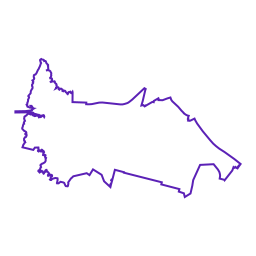 Albert-Eden Local Board Area, Auckland, New Zealand
{"feature_id": "76426892B596097138687", "entity_name": "Albert-Eden Local Board Area", "entity_type": "district", "adm_level": 2, "iso_a3": "NZL", "parent_name": "New Zealand", "parent_adm1": "Auckland", "projection": "natural_earth1", "projection_center": [174.717, -36.878], "detail": "fine", "context": "isolated", "style": "outline", "palette": "violet", "viewbox_px": 256, "rotation_deg": 0, "n_neighbors": 0, "source": "geoboundaries", "source_scale": "gbopen_adm2", "svg_char_len": 5512}
<svg xmlns="http://www.w3.org/2000/svg" viewBox="0 0 256 256"><path d="M56.6,85.0L56.2,83.8L55.3,83.3L54.8,82.1L54.8,81.6L54.5,81.3L53.1,81.6L52.4,81.3L50.9,82.0L50.8,81.9L51.2,81.7L51.4,81.0L52.0,80.4L52.1,79.4L51.9,78.6L50.8,78.4L50.6,78.2L50.3,78.3L50.1,77.9L50.9,77.0L51.0,76.1L51.3,75.7L51.3,75.4L51.1,74.7L51.3,73.6L51.2,72.9L50.9,72.6L50.3,71.2L49.5,70.6L47.7,70.1L46.0,70.6L47.1,70.1L47.7,69.7L48.3,69.8L48.3,68.6L48.1,67.9L48.2,67.0L47.9,65.9L48.1,65.8L48.1,64.9L46.4,63.2L46.1,62.1L45.6,61.1L45.2,61.0L44.2,61.1L44.0,60.2L43.0,59.6L42.0,59.6L41.3,59.0L40.6,59.4L40.1,59.9L40.1,60.6L40.7,62.1L40.7,62.5L41.0,62.7L41.1,63.1L40.9,63.3L39.8,66.5L39.1,67.8L38.8,68.7L37.9,70.0L36.5,73.1L35.5,74.5L34.8,74.6L34.3,75.1L33.9,75.2L33.7,76.9L34.1,77.8L34.0,78.0L34.2,78.4L34.0,79.1L33.0,80.4L32.9,80.2L32.5,80.4L32.9,80.9L32.9,81.4L33.3,81.9L32.8,82.5L33.1,83.1L32.0,84.8L32.0,85.4L32.2,85.7L32.1,86.2L32.6,87.0L32.4,88.6L31.8,89.2L30.8,91.2L30.6,93.3L28.4,95.8L28.3,96.1L28.4,96.4L29.0,96.9L29.1,97.5L28.0,99.8L28.1,100.2L28.0,101.1L27.8,101.9L27.4,102.4L27.3,104.0L27.1,104.3L26.6,104.6L27.5,106.7L27.8,106.8L28.0,106.7L28.4,106.9L28.5,106.8L29.6,107.5L30.2,107.7L30.6,107.3L31.1,107.3L32.0,107.0L31.5,105.9L31.3,105.9L32.0,106.5L32.1,106.9L32.8,107.6L33.1,108.4L33.7,108.5L33.3,108.7L32.5,108.5L32.7,108.9L32.2,108.9L31.6,109.8L31.9,110.4L25.4,111.1L15.4,111.3L15.4,112.5L29.9,112.3L32.7,112.8L32.5,113.0L33.2,113.3L33.3,114.4L34.0,114.0L35.5,114.0L38.1,114.8L38.9,114.8L39.2,115.0L39.1,115.3L39.5,115.4L40.1,116.2L40.8,116.5L40.8,115.9L41.0,115.6L42.3,115.7L42.8,115.6L43.2,115.1L43.7,115.2L44.0,115.5L44.3,116.8L44.2,117.0L43.7,116.1L43.6,115.7L43.3,115.6L41.2,116.6L41.2,116.8L41.1,116.6L40.7,116.8L40.3,117.1L39.3,117.1L38.9,117.3L38.8,117.1L39.0,116.3L38.7,116.0L37.8,115.7L37.2,115.8L37.0,115.6L35.7,115.7L35.1,116.2L35.0,116.8L34.8,116.2L34.4,115.8L33.4,115.6L32.6,115.1L32.3,114.0L30.5,114.5L28.8,113.6L27.3,114.3L26.4,115.5L25.7,115.7L25.3,116.1L24.6,116.5L24.3,117.1L24.4,117.8L24.1,118.7L24.6,120.1L24.9,120.5L25.0,120.9L24.4,121.3L24.0,122.3L24.1,123.5L23.7,123.5L23.7,124.1L23.0,125.2L22.8,126.7L22.3,127.7L22.2,128.6L22.3,128.9L24.4,131.1L25.1,131.2L25.6,130.7L25.3,131.4L26.0,131.9L26.3,132.4L26.1,133.0L25.2,134.0L25.4,134.4L26.0,134.7L26.3,134.7L26.2,134.9L26.6,135.7L26.3,136.1L26.0,136.9L25.5,137.2L24.9,137.3L24.0,138.9L24.1,139.8L24.1,140.7L25.0,141.3L25.0,142.2L25.2,142.4L24.3,143.2L24.1,143.8L23.4,144.6L22.5,147.3L33.3,149.9L34.9,147.6L38.4,147.5L38.5,148.1L38.3,148.5L38.6,149.3L37.9,150.8L38.0,151.1L38.7,151.5L39.5,150.7L39.9,150.5L41.0,151.5L41.4,151.0L41.3,150.4L41.3,150.1L41.8,149.7L42.2,149.9L42.7,150.5L43.6,151.1L43.8,151.5L43.0,152.0L43.2,152.4L43.7,152.1L44.0,152.4L43.4,153.6L43.4,154.6L43.1,154.6L43.1,155.1L43.6,155.2L45.0,154.9L45.5,155.2L45.5,155.6L45.0,156.3L45.2,157.5L45.9,157.7L46.1,157.9L45.6,159.0L45.7,160.3L45.5,161.2L44.8,162.3L43.2,163.3L42.0,163.7L41.3,164.5L40.7,164.6L40.4,165.3L41.1,167.1L40.4,167.9L40.3,168.6L39.9,169.2L40.2,170.0L39.9,170.4L39.2,170.2L38.6,170.4L38.3,171.0L39.6,172.5L41.7,171.0L42.0,171.5L42.3,171.2L42.6,171.3L42.9,171.9L43.3,173.4L43.6,173.7L43.9,173.5L44.9,171.6L45.6,171.8L45.9,171.7L45.5,170.9L45.4,170.5L46.1,169.9L46.5,169.9L46.8,170.9L47.4,171.5L47.5,171.8L48.0,172.1L49.0,173.3L48.9,173.9L48.4,174.2L47.9,175.1L48.1,175.8L48.9,175.7L50.6,174.6L51.2,174.8L52.0,175.2L52.1,175.5L52.0,176.3L51.6,176.6L51.1,176.7L50.7,177.4L50.8,179.2L50.4,179.2L50.0,179.5L50.4,180.0L51.2,180.0L51.8,179.3L52.5,178.8L54.5,178.2L55.4,178.0L57.5,178.3L57.6,178.8L57.6,180.0L57.4,181.1L56.9,183.1L57.0,183.3L58.6,183.3L60.5,181.8L63.2,182.4L64.2,182.9L65.3,185.4L65.8,186.1L67.6,186.3L68.0,185.8L68.2,184.2L68.4,183.9L68.2,182.4L71.0,178.4L71.8,177.8L73.3,176.3L86.7,173.2L89.5,175.1L93.0,169.4L101.6,174.8L104.1,181.3L110.4,187.1L110.7,185.9L110.0,185.3L110.6,184.0L111.1,184.2L112.1,180.6L111.2,180.3L111.3,180.0L111.7,180.1L111.8,179.7L112.3,179.9L114.9,169.8L124.0,172.2L123.9,172.7L161.8,182.3L161.3,184.4L179.4,189.1L178.8,191.6L183.9,193.3L184.4,195.5L184.8,197.0L190.5,193.5L192.3,185.7L193.2,180.1L200.1,164.9L213.6,164.2L217.9,169.5L219.3,171.9L219.8,173.6L220.1,175.4L220.0,176.8L219.7,178.6L224.3,179.8L224.6,180.3L232.3,170.5L233.5,167.2L234.2,167.9L234.6,167.8L235.3,166.9L236.3,167.6L237.3,168.0L237.1,168.2L237.5,168.4L238.6,166.7L238.1,166.5L238.8,165.6L239.2,165.9L240.6,164.0L234.3,159.0L224.5,152.0L219.2,148.6L216.0,146.1L213.2,143.6L210.1,140.1L202.8,131.3L197.1,123.5L195.3,120.4L194.5,118.6L190.2,120.7L189.4,120.8L188.1,120.6L188.4,119.4L187.9,119.3L187.8,119.1L188.3,117.1L188.7,115.8L187.7,115.6L186.0,114.8L183.8,113.3L183.8,113.0L181.5,110.7L178.2,106.8L172.3,101.3L171.3,99.9L170.4,97.5L167.4,98.4L162.6,100.2L158.6,100.1L158.8,99.4L158.4,98.3L153.9,100.9L153.7,102.2L152.4,101.9L145.4,105.9L145.2,105.6L144.8,105.9L145.0,106.2L144.6,106.4L143.3,105.1L141.4,105.5L142.7,101.1L145.3,90.0L145.7,89.0L144.4,88.2L132.2,99.6L129.8,101.5L128.3,102.6L127.0,103.2L124.4,104.0L122.5,104.4L120.3,104.4L102.4,102.5L99.2,102.6L91.8,104.1L88.7,104.3L86.2,104.2L86.3,102.6L72.5,102.1L72.6,92.2L72.5,91.8L71.5,93.2L70.9,92.9L70.3,91.7L69.5,92.0L68.7,92.1L68.4,92.4L68.4,92.8L68.3,93.2L67.7,94.1L67.1,93.6L67.0,93.0L65.7,92.1L65.4,91.2L65.0,90.8L64.1,90.6L63.3,91.3L62.4,90.9L62.5,89.6L61.0,88.6L60.2,88.8L59.4,89.7L58.7,89.2L58.9,88.4L58.6,87.7L58.3,87.3L57.7,87.3L57.0,87.6L56.2,88.3L55.8,88.5L56.2,87.8L56.0,87.1L56.0,87.3L56.4,87.0L56.7,86.3L56.7,85.8L56.4,85.2L56.6,85.0Z" fill="none" stroke="#5b21b6" stroke-width="2"/></svg>